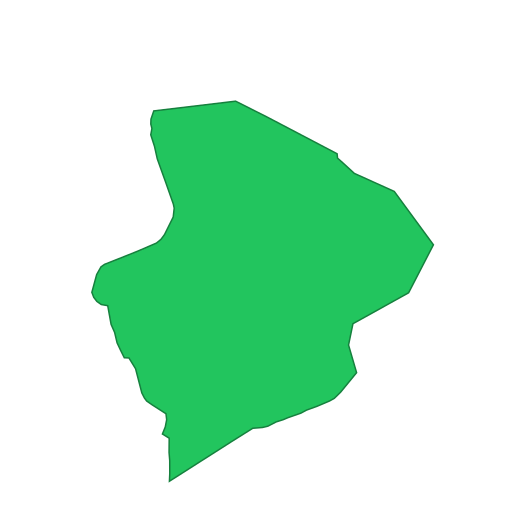 Serra Negra do Norte, Rio Grande do Norte, Brazil, rotated 337°
{"feature_id": "56859067B12396150079063", "entity_name": "Serra Negra do Norte", "entity_type": "district", "adm_level": 2, "iso_a3": "BRA", "parent_name": "Brazil", "parent_adm1": "Rio Grande do Norte", "projection": "albers", "projection_center": [-37.401, -6.573], "detail": "fine", "context": "isolated", "style": "filled", "palette": "green", "viewbox_px": 512, "rotation_deg": 337, "n_neighbors": 0, "source": "geoboundaries", "source_scale": "gbopen_adm2", "svg_char_len": 1050}
<svg xmlns="http://www.w3.org/2000/svg" viewBox="0 0 512 512"><g transform="rotate(337 256 256)"><path d="M408.5,250.6L378.8,218.4L374.9,209.8L372.9,205.4L369.3,197.8L370.6,193.6L320.4,132.3L297.7,105.5L218.6,82.5L212.8,89.0L210.7,93.5L210.0,98.0L206.5,103.3L205.4,115.4L203.1,127.9L202.5,138.1L201.7,152.4L200.2,175.8L199.4,180.0L195.0,187.8L180.2,200.5L175.1,203.5L169.4,205.2L149.1,205.3L138.6,205.1L113.4,204.5L109.1,205.4L102.1,210.8L90.7,225.3L90.5,230.7L91.8,235.7L94.6,240.2L100.1,243.8L95.9,262.3L96.0,271.1L94.2,281.6L94.5,289.7L95.0,298.2L99.2,300.2L101.1,312.7L97.4,337.4L97.8,343.1L98.7,346.8L102.3,352.5L111.5,366.0L109.8,371.8L105.7,377.9L100.3,383.3L104.9,389.8L99.2,402.9L96.6,410.7L91.6,422.6L88.3,429.5L124.6,423.4L136.6,421.4L160.9,417.3L185.7,413.3L195.0,416.4L200.4,417.3L209.7,416.6L217.1,417.3L222.3,417.3L235.9,418.2L242.2,417.6L253.6,418.2L260.3,418.2L267.1,418.2L272.5,417.6L280.7,414.4L303.0,402.7L306.4,374.1L318.8,356.2L382.1,349.5L423.7,315.0L408.5,250.6Z" fill="#22c55e" stroke="#15803d" stroke-width="1.5"/></g></svg>